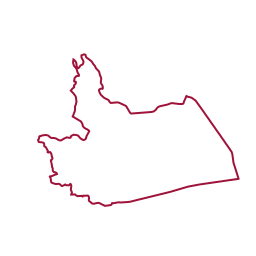 map outline of Kandahar (orthographic projection), rotated 251°
{"feature_id": "AFG-1754", "entity_name": "Kandahar", "entity_type": "Province", "adm_level": 1, "iso_a3": "AFG", "parent_name": "Afghanistan", "parent_adm1": "", "projection": "orthographic", "projection_center": [66.2, 31.058], "detail": "fine", "context": "isolated", "style": "outline", "palette": "rose", "viewbox_px": 256, "rotation_deg": 251, "n_neighbors": 0, "source": "natural_earth", "source_scale": "10m", "svg_char_len": 5197}
<svg xmlns="http://www.w3.org/2000/svg" viewBox="0 0 256 256"><g transform="rotate(251 128 128)"><path d="M210.5,98.7L209.4,99.5L207.9,100.1L206.3,100.3L203.0,99.6L201.4,99.7L200.8,100.7L201.2,101.6L201.9,102.5L202.6,103.5L202.9,105.8L203.7,106.7L204.7,107.3L205.7,107.6L209.9,107.0L211.8,107.6L212.0,110.1L211.5,111.2L210.8,111.6L208.7,111.5L207.9,111.8L207.2,112.3L206.5,112.9L203.3,115.0L202.4,115.4L199.7,116.0L197.8,116.8L194.8,117.2L191.3,118.8L190.3,119.0L187.1,118.7L184.4,118.9L183.6,118.8L182.5,118.4L180.7,117.4L179.7,117.1L178.6,117.1L176.7,117.6L175.7,117.6L174.5,117.4L173.9,117.2L173.5,116.9L173.4,116.4L173.6,116.1L173.9,115.7L174.0,115.2L173.9,113.9L173.5,113.1L172.8,112.7L169.8,112.8L167.9,113.3L164.5,115.1L163.0,116.4L161.8,117.8L160.5,118.8L158.5,119.1L157.3,119.9L155.6,126.6L154.6,128.0L149.8,133.0L148.7,133.5L141.8,134.9L140.9,135.4L140.5,136.2L135.5,155.4L135.3,157.9L136.2,160.3L137.4,161.9L137.8,162.7L138.1,163.9L138.2,165.1L137.3,173.0L137.4,176.6L137.2,177.7L133.9,184.5L133.1,186.8L133.0,187.7L133.3,188.5L135.1,189.8L137.2,191.9L138.8,193.2L139.2,193.7L139.0,194.0L138.6,194.1L138.3,194.3L137.2,196.2L135.9,198.0L131.8,200.9L127.4,202.2L124.4,203.1L121.4,204.0L118.4,204.9L115.4,205.7L112.4,206.6L109.3,207.5L106.3,208.3L103.3,209.2L100.3,210.1L97.3,210.9L94.3,211.8L91.3,212.7L88.3,213.5L85.3,214.4L82.3,215.2L79.3,216.1L71.7,218.2L69.2,218.1L60.6,216.4L53.5,216.3L44.0,216.0L44.0,215.7L51.3,177.3L53.0,165.9L53.9,146.7L56.6,117.1L56.8,115.1L57.6,105.8L58.4,102.5L60.0,96.7L60.8,94.9L60.9,94.5L61.7,89.3L62.2,88.6L62.0,88.3L61.7,88.1L61.4,87.8L60.9,87.3L60.8,86.9L60.8,86.3L61.8,81.3L62.0,80.8L62.1,80.5L62.3,80.4L63.2,79.6L63.5,79.2L65.8,77.0L66.6,76.2L66.9,75.6L67.3,73.5L67.4,71.5L67.8,70.4L68.2,69.7L68.5,69.4L68.7,69.1L69.0,69.0L69.3,68.9L70.2,68.4L71.1,67.8L71.5,67.5L72.0,67.4L72.7,67.5L73.1,67.7L74.0,68.2L74.4,68.4L74.9,68.5L75.9,68.5L76.7,68.4L77.0,68.2L77.3,67.7L78.0,65.0L78.4,64.2L78.6,63.7L78.6,63.4L78.4,63.1L78.2,63.0L78.0,62.8L78.2,62.6L78.3,62.5L78.7,62.2L78.9,62.0L79.1,61.7L79.1,61.1L79.2,60.8L79.6,59.8L79.7,59.3L79.7,59.0L80.0,58.1L81.4,56.8L82.3,56.3L82.5,56.2L82.6,55.7L83.5,52.6L84.0,52.8L84.7,53.7L85.1,53.9L85.7,54.0L88.4,53.9L89.1,54.2L91.1,55.3L91.8,55.5L92.4,55.7L93.2,55.6L93.6,55.5L93.9,55.2L93.1,53.7L93.1,53.4L93.1,53.1L93.4,52.7L93.5,52.4L93.8,51.4L93.9,51.1L94.0,50.9L94.7,50.5L95.0,50.3L95.0,50.0L94.7,48.8L94.6,47.5L94.6,46.9L94.7,46.6L94.8,46.4L95.8,45.9L96.5,45.6L97.1,45.1L97.5,44.7L98.0,43.8L98.1,43.1L98.3,42.2L98.5,41.5L99.1,40.6L100.8,38.4L101.2,38.1L101.3,38.0L101.5,37.9L101.8,37.8L102.2,37.8L105.9,38.5L106.5,38.5L107.4,38.2L107.5,38.2L107.7,38.5L107.6,38.9L107.4,39.4L107.3,40.2L107.6,43.6L107.5,45.2L107.5,45.6L107.6,45.9L107.9,45.9L108.7,45.7L109.0,45.6L109.2,45.4L109.4,45.2L109.6,45.0L110.3,43.9L110.4,43.7L110.6,43.5L110.9,43.4L111.3,43.2L111.9,43.0L112.2,43.0L112.7,43.1L114.3,43.7L114.6,43.7L115.7,43.5L116.1,43.6L116.9,43.8L119.6,44.2L121.9,44.4L122.6,44.6L122.6,44.8L122.8,45.3L122.8,45.5L123.4,46.2L123.7,46.6L124.2,46.8L124.7,46.8L125.5,46.7L128.6,47.1L130.2,46.8L130.5,46.6L130.6,46.3L130.7,46.1L130.7,45.9L130.7,45.3L130.7,44.9L130.8,44.6L131.1,44.3L131.3,44.1L131.5,44.1L131.6,44.3L131.7,44.5L131.9,44.7L132.5,44.8L133.0,44.7L136.3,44.1L136.9,43.9L137.1,43.6L138.3,42.9L139.9,43.5L140.4,43.5L141.0,43.5L141.4,43.4L141.7,43.1L142.7,41.5L143.3,40.1L143.5,39.7L143.8,39.2L144.1,39.0L144.3,39.0L144.6,39.1L144.8,39.1L145.0,39.1L145.5,39.0L145.9,39.1L146.1,39.2L146.3,39.4L146.4,39.8L146.6,40.0L147.3,40.5L147.6,40.8L147.8,40.9L148.3,41.1L148.7,41.3L148.9,41.6L149.0,41.9L149.0,42.2L148.8,42.8L148.8,43.1L148.9,44.1L148.9,44.4L148.8,44.8L148.3,47.5L148.2,47.8L147.7,48.8L147.0,49.9L146.8,50.1L146.3,50.4L144.5,51.4L144.0,51.8L143.6,52.2L142.9,54.1L142.7,54.7L142.1,55.7L141.3,56.7L140.1,57.7L138.9,58.9L138.6,59.4L138.3,59.9L138.1,60.6L138.1,61.1L138.2,61.6L138.5,62.2L138.5,62.5L138.6,63.3L138.7,63.7L138.8,63.8L138.9,65.3L139.1,66.6L139.1,66.9L139.0,67.2L138.3,68.4L137.6,70.0L137.6,70.4L137.7,70.7L137.9,70.8L138.4,71.2L138.9,71.6L139.2,72.9L139.3,74.4L139.1,74.8L138.5,76.3L137.5,77.8L137.0,78.3L136.8,78.5L136.5,78.6L134.7,79.2L133.4,79.9L132.8,80.3L131.1,81.9L131.1,83.4L131.2,83.9L131.5,84.4L131.7,84.7L131.9,84.9L133.6,86.0L137.6,90.3L137.8,90.3L138.1,90.3L140.1,88.9L141.3,87.6L142.0,87.1L142.9,86.5L143.9,86.1L144.9,85.9L145.2,85.9L145.4,86.0L145.6,86.1L146.1,86.2L146.9,86.2L149.1,85.7L149.7,85.5L156.1,80.1L156.7,79.5L156.9,79.4L157.1,79.5L157.4,79.9L157.6,80.2L160.0,82.1L160.8,82.9L163.1,84.1L165.1,84.7L165.6,84.9L166.0,85.3L166.4,85.7L167.3,86.4L168.5,87.1L169.3,87.6L169.7,87.9L170.2,88.0L170.5,88.0L171.8,88.3L174.1,88.8L175.3,88.7L178.8,87.6L179.9,87.0L182.0,86.1L183.4,88.4L184.0,90.2L184.1,90.4L184.3,90.5L185.0,90.5L185.3,90.6L185.7,90.8L185.9,90.9L185.9,91.0L186.7,92.5L187.0,92.9L187.4,93.2L187.9,93.5L188.4,93.7L188.5,93.7L188.9,93.4L189.2,92.7L189.3,92.5L189.5,92.3L190.3,92.5L192.6,93.8L193.7,95.8L193.9,96.7L193.9,96.9L193.4,97.8L193.3,98.2L193.3,98.5L193.7,98.8L194.0,98.8L194.5,98.9L194.8,98.9L196.4,98.5L196.7,98.4L200.1,98.6L201.0,98.5L201.7,98.3L204.4,97.2L205.6,97.2L207.5,97.3L207.9,97.4L210.5,98.7L210.5,98.7Z" fill="none" stroke="#9f1239" stroke-width="2"/></g></svg>